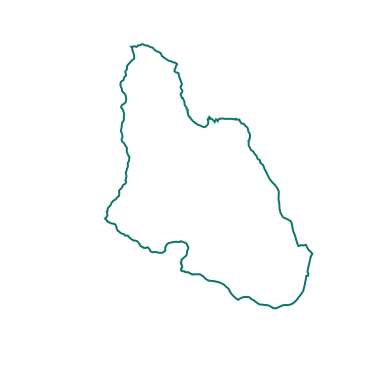 Socha, Boyacá, Colombia, rotated 320°
{"feature_id": "7082276B6203898628626", "entity_name": "Socha", "entity_type": "district", "adm_level": 2, "iso_a3": "COL", "parent_name": "Colombia", "parent_adm1": "Boyacá", "projection": "mercator", "projection_center": [-72.683, 5.965], "detail": "fine", "context": "isolated", "style": "outline", "palette": "teal", "viewbox_px": 384, "rotation_deg": 320, "n_neighbors": 0, "source": "geoboundaries", "source_scale": "gbopen_adm2", "svg_char_len": 6052}
<svg xmlns="http://www.w3.org/2000/svg" viewBox="0 0 384 384"><g transform="rotate(320 192 192)"><path d="M108.2,156.5L108.6,158.6L108.2,159.8L108.6,159.8L108.9,161.9L109.8,163.9L110.8,165.0L112.2,167.1L112.3,167.6L112.1,168.8L111.6,170.1L110.5,172.3L110.2,173.4L110.3,174.4L110.8,175.8L110.8,177.0L111.6,178.9L112.6,180.3L112.9,181.3L112.8,182.4L113.1,182.8L114.8,184.1L114.7,185.7L115.1,188.6L116.1,191.5L116.3,192.0L117.4,192.8L118.3,194.3L118.4,194.8L118.3,198.2L117.9,199.4L118.2,201.4L118.4,201.8L118.8,202.1L119.1,203.8L120.3,204.9L122.5,205.8L122.7,208.1L122.2,210.6L122.6,212.2L123.4,213.0L125.0,214.0L125.5,214.7L126.2,214.9L126.6,216.1L127.7,217.4L129.6,219.1L130.3,219.5L131.1,219.6L132.7,219.7L133.6,219.9L135.9,217.2L137.1,217.0L138.3,216.2L138.8,216.0L140.3,215.9L141.0,216.1L143.9,217.4L147.4,219.6L148.5,220.5L150.1,222.2L151.2,222.6L151.7,222.4L154.4,227.0L154.6,228.6L153.8,230.7L153.9,231.4L152.8,232.9L152.1,233.4L150.4,234.0L148.9,235.6L147.5,236.6L146.8,236.9L145.1,237.1L142.9,237.0L140.3,237.2L139.9,238.0L138.3,238.6L138.1,239.6L137.7,239.6L137.6,240.1L137.3,240.2L137.3,241.4L136.7,242.8L135.8,243.5L135.2,243.4L135.0,243.7L134.5,243.8L134.5,244.1L134.1,244.6L133.4,244.8L133.2,245.4L133.3,245.8L133.9,246.5L134.0,246.8L135.3,248.0L135.3,248.7L135.7,249.6L137.4,250.7L137.6,251.7L138.7,253.8L138.8,254.4L139.1,254.6L139.2,255.3L139.9,255.6L140.1,256.3L141.1,256.7L144.9,259.9L145.6,261.4L146.5,264.4L146.5,266.4L146.7,267.8L148.0,270.9L150.3,273.1L151.1,274.2L151.8,274.5L152.1,275.3L152.7,275.8L152.9,276.4L153.6,277.0L155.4,279.8L156.9,283.4L157.1,284.5L157.1,286.3L157.8,289.1L157.8,290.1L157.4,291.2L156.7,295.2L157.0,299.7L157.2,301.2L158.1,304.3L159.8,304.3L163.7,305.5L165.4,306.6L167.7,308.7L168.4,309.9L168.5,311.7L169.8,315.0L170.4,318.1L171.3,321.3L177.1,327.3L178.1,328.8L179.1,331.4L179.3,332.7L179.9,333.6L181.7,335.2L182.4,335.6L183.3,335.6L188.9,337.2L191.0,338.7L194.1,341.1L197.1,342.1L200.0,342.3L203.1,341.9L206.2,341.1L209.0,340.6L212.5,339.7L214.0,339.0L217.4,336.6L224.8,330.6L225.7,329.7L226.2,329.9L227.0,330.8L228.3,329.7L228.6,329.3L228.9,328.0L230.5,326.1L241.3,318.0L241.3,317.8L244.5,316.7L244.5,313.8L244.2,312.0L244.2,310.4L244.6,308.8L244.8,306.9L245.3,306.0L245.3,305.6L243.0,304.6L242.3,303.6L241.3,302.9L238.8,301.9L239.8,298.5L242.9,291.5L244.6,286.4L246.9,282.5L247.2,282.0L247.1,281.8L247.9,280.8L248.4,280.0L248.3,279.8L248.6,279.1L248.8,278.2L248.6,276.9L247.6,274.2L245.7,270.5L245.6,269.2L246.0,266.9L246.6,264.5L248.1,261.4L252.3,255.7L253.0,254.0L253.5,253.3L257.9,248.5L258.7,247.4L259.3,246.3L259.8,243.8L260.0,241.3L260.1,239.7L259.7,236.0L259.8,232.2L260.9,227.1L262.2,222.3L262.1,221.8L263.8,217.0L263.4,214.9L263.3,213.2L263.6,212.5L264.3,211.9L264.5,211.3L264.3,210.5L263.8,209.8L263.6,208.6L264.2,207.1L264.6,205.2L264.5,203.3L264.9,200.4L264.2,197.6L264.3,196.8L265.0,194.9L265.1,193.2L266.2,191.6L266.4,191.5L266.9,190.8L267.5,190.4L267.6,189.9L267.9,189.6L268.2,189.0L269.3,189.0L269.6,188.9L270.1,188.2L271.1,187.8L271.4,187.3L272.3,186.7L272.9,185.7L273.6,184.8L274.0,182.0L275.3,179.7L275.8,178.3L275.7,176.7L275.2,175.8L275.5,175.3L275.5,173.1L275.1,172.5L274.3,171.9L274.0,171.3L274.0,170.4L274.2,169.2L274.2,168.3L274.8,167.0L274.0,166.5L273.7,166.3L273.6,165.7L272.6,164.9L272.8,164.2L272.7,164.0L272.2,163.8L271.7,164.1L270.9,163.1L270.5,163.0L269.9,161.8L267.8,160.2L265.7,158.2L264.5,157.5L263.0,155.7L261.7,154.5L261.0,154.3L260.3,153.9L259.9,153.4L258.3,153.6L257.3,154.2L257.5,153.1L257.2,151.7L256.2,152.2L255.1,152.4L254.4,152.9L254.4,150.0L253.7,147.2L252.5,147.6L252.5,146.9L253.0,145.7L250.6,146.6L249.1,149.4L247.5,150.4L246.2,150.7L244.7,150.7L243.7,150.6L243.2,150.3L242.0,148.7L241.1,146.4L239.7,144.3L239.4,142.5L238.9,141.6L238.6,139.4L238.4,138.8L238.2,136.4L238.3,134.3L238.6,133.7L238.5,133.2L238.3,133.1L238.3,132.2L238.9,129.8L239.8,128.7L239.9,127.7L240.5,127.1L241.4,126.8L241.6,126.5L241.3,124.9L241.4,124.5L242.1,123.9L242.2,123.5L242.3,120.9L242.7,120.0L244.1,118.2L244.5,117.3L244.9,115.3L245.4,113.9L244.8,113.5L245.7,110.6L246.1,109.9L246.7,109.5L247.0,109.3L248.2,109.4L249.3,108.7L249.8,108.0L250.2,105.4L250.8,104.2L251.1,103.8L251.6,103.7L252.7,103.6L253.3,103.2L253.9,102.4L254.0,101.4L254.9,99.6L255.9,96.5L256.6,94.8L257.6,93.2L258.0,92.4L257.9,91.8L256.8,90.4L256.1,88.3L257.1,87.5L257.6,86.9L258.7,86.6L260.6,85.2L262.6,84.7L262.8,84.5L262.7,83.5L262.3,82.3L261.7,81.4L261.1,80.9L260.3,78.9L259.8,78.4L258.6,76.3L257.7,74.1L257.4,72.5L256.9,71.2L256.8,69.8L256.3,68.9L256.3,68.5L257.1,66.4L257.2,65.5L256.6,63.5L255.3,61.3L254.8,59.9L254.7,58.0L254.8,56.5L254.6,56.1L253.0,53.6L252.2,51.6L251.9,51.1L250.5,49.8L249.2,47.1L248.7,46.6L246.6,46.2L245.1,45.1L244.3,45.1L243.1,45.3L242.6,45.0L241.7,43.4L240.2,42.7L238.8,41.7L238.7,43.5L237.4,45.3L235.7,49.7L233.9,52.2L232.7,52.7L231.9,52.7L230.4,52.4L229.2,52.8L224.2,53.4L223.0,54.0L221.4,55.8L220.8,56.3L219.0,56.6L218.4,56.8L217.9,57.5L217.0,59.6L216.2,60.5L215.6,60.5L214.6,60.3L213.7,60.6L211.5,62.2L209.1,61.9L208.3,62.0L207.1,62.9L206.0,63.9L205.7,64.4L205.0,66.2L204.7,67.7L203.4,69.5L203.2,70.4L203.6,72.7L203.5,74.5L203.2,75.3L201.7,78.2L199.1,80.5L197.4,80.8L195.1,80.5L194.0,80.5L193.2,80.8L192.2,81.5L192.0,81.9L192.0,83.8L191.7,85.2L190.3,88.5L188.0,90.7L186.7,92.4L185.7,93.3L185.0,93.6L183.9,93.8L182.8,94.2L179.0,97.8L177.3,99.0L176.9,99.5L174.8,104.5L173.9,105.3L172.1,106.2L171.7,106.7L171.2,107.8L171.0,108.8L171.3,111.0L170.6,114.8L170.5,116.4L168.6,118.4L167.8,119.6L166.6,123.3L166.9,124.3L166.8,124.7L165.7,125.6L164.3,127.3L163.4,127.8L161.8,128.3L161.1,128.8L159.6,131.0L153.6,134.7L153.1,135.5L152.8,136.4L151.9,137.7L150.1,139.4L148.5,140.2L148.3,141.6L148.1,142.0L147.4,142.4L146.5,142.8L144.7,142.5L143.6,142.4L143.2,142.5L142.0,143.3L140.2,143.8L137.4,143.9L136.4,144.7L135.2,146.7L133.4,148.1L131.1,148.1L129.1,148.6L126.1,148.1L123.3,148.6L121.7,149.5L120.7,149.9L117.4,150.2L116.7,150.5L115.1,152.3L114.8,152.4L114.2,152.2L113.8,152.5L112.7,154.8L112.0,155.7L110.6,156.2L108.2,156.5Z" fill="none" stroke="#0f766e" stroke-width="2"/></g></svg>